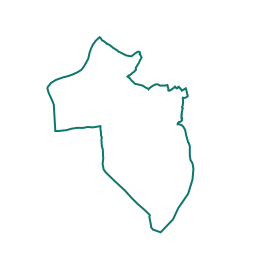 Ogbomosho South, Oyo, Nigeria, rotated 35°
{"feature_id": "59680162B1338580155275", "entity_name": "Ogbomosho South", "entity_type": "district", "adm_level": 2, "iso_a3": "NGA", "parent_name": "Nigeria", "parent_adm1": "Oyo", "projection": "equal_earth", "projection_center": [4.225, 8.102], "detail": "fine", "context": "isolated", "style": "outline", "palette": "teal", "viewbox_px": 256, "rotation_deg": 35, "n_neighbors": 0, "source": "geoboundaries", "source_scale": "gbopen_adm2", "svg_char_len": 4599}
<svg xmlns="http://www.w3.org/2000/svg" viewBox="0 0 256 256"><g transform="rotate(35 128 128)"><path d="M39.2,141.7L42.8,144.7L50.3,149.1L53.8,151.4L70.2,172.2L72.0,171.0L78.8,165.1L82.3,160.8L86.4,156.9L90.9,153.9L94.5,150.2L98.8,147.7L104.3,142.3L104.9,143.0L105.4,143.8L106.3,144.9L107.3,146.0L107.8,146.5L108.0,146.6L108.2,146.9L108.6,147.5L109.3,148.4L110.0,149.4L110.6,149.9L110.9,150.0L111.2,150.2L111.8,150.6L112.2,151.3L112.4,151.8L112.6,152.3L113.3,153.3L113.9,154.1L114.6,154.8L115.1,155.6L115.7,156.2L116.3,157.0L117.1,158.1L117.6,158.4L118.2,158.9L118.3,158.9L118.6,159.1L119.1,159.5L119.7,160.1L120.4,161.0L121.6,162.5L122.8,164.2L123.5,165.2L125.0,166.8L127.8,172.0L131.9,176.0L135.6,177.2L147.3,179.1L160.9,180.9L165.8,182.0L170.4,183.1L178.9,184.6L189.3,185.7L195.8,186.8L196.5,188.6L199.0,191.0L201.8,193.7L204.0,196.1L206.7,196.9L214.6,194.7L217.3,177.0L215.1,164.6L215.0,147.4L210.4,133.2L205.0,123.9L201.2,120.0L197.6,118.4L194.7,115.4L191.4,110.8L189.4,107.8L187.4,106.2L186.4,105.4L185.4,105.3L184.3,104.2L182.7,103.0L182.1,102.5L181.9,102.2L181.2,101.7L179.7,100.5L178.1,98.9L176.5,97.3L174.7,96.2L172.5,95.2L170.5,94.9L168.3,95.5L166.9,95.9L166.5,96.4L166.2,96.0L166.1,95.2L166.3,93.9L167.1,93.2L167.5,92.6L167.5,92.1L167.7,91.6L167.8,91.3L167.8,90.9L167.7,90.6L167.5,90.4L167.4,90.3L167.3,90.1L167.2,90.0L167.0,89.9L166.7,89.8L166.5,89.7L166.4,89.6L166.2,89.4L166.3,89.2L166.5,88.8L166.2,88.6L165.6,88.4L165.4,88.2L165.2,88.1L165.0,87.7L164.9,87.4L164.9,87.1L164.8,86.8L164.6,86.5L164.5,86.3L164.4,86.2L164.3,86.3L164.1,86.3L164.0,86.1L163.9,85.9L163.8,85.7L163.6,85.3L163.5,85.1L163.4,84.7L163.1,84.3L163.0,84.2L162.9,84.1L162.8,83.8L162.7,83.5L162.7,83.2L162.5,82.7L162.3,82.3L162.1,82.1L162.0,81.9L161.9,81.7L161.7,81.5L161.6,80.4L160.4,80.0L160.1,79.3L160.0,78.2L159.2,77.0L159.2,76.8L159.0,76.5L158.9,76.3L158.9,76.0L158.8,75.8L158.7,75.7L158.4,75.5L158.2,75.3L158.1,75.1L157.9,74.9L157.8,74.6L157.6,74.3L157.5,74.0L157.4,73.8L157.1,73.6L156.0,72.5L155.6,71.7L157.2,70.8L157.7,70.3L158.2,69.1L158.7,67.7L158.0,66.9L156.4,65.7L154.8,64.1L152.5,62.4L152.3,63.0L151.6,64.5L151.3,65.1L151.1,65.7L150.8,66.5L150.5,66.4L150.1,66.2L149.8,66.1L149.3,65.9L148.9,65.9L148.5,65.8L148.0,65.6L147.5,65.4L147.2,65.4L146.8,65.5L146.5,65.4L146.3,65.3L146.0,65.1L145.8,65.5L145.8,65.8L145.8,66.0L145.7,66.6L145.4,66.6L145.4,66.8L145.3,67.0L145.2,67.0L145.2,67.5L144.7,67.5L144.0,67.5L143.3,67.4L142.7,67.2L142.6,67.7L142.6,68.2L142.4,69.1L142.2,69.7L141.6,71.3L141.3,72.4L141.0,72.9L140.5,73.6L140.3,73.9L140.0,74.0L139.6,74.1L139.4,74.1L139.3,73.9L139.2,73.6L138.8,73.0L138.5,72.7L138.2,72.4L137.7,71.9L137.1,71.6L136.5,71.1L135.9,70.3L135.6,70.2L135.3,70.6L134.8,71.2L134.0,71.9L133.2,72.5L132.2,73.2L131.6,73.7L131.4,73.9L130.4,74.6L129.9,74.9L128.9,75.0L128.4,75.0L128.2,75.0L127.6,75.1L127.0,75.4L126.5,75.8L126.1,76.1L125.8,76.4L125.2,77.1L124.7,77.9L124.2,79.1L123.7,80.1L123.6,80.4L123.4,81.2L123.3,81.4L122.9,82.3L122.7,83.4L122.6,84.5L122.2,84.3L121.2,84.4L120.6,84.5L119.7,84.7L118.8,84.8L118.4,84.8L117.2,84.8L116.5,84.8L115.8,84.9L114.9,85.2L114.3,85.3L113.5,85.7L112.7,86.0L111.7,86.4L110.7,86.8L110.2,86.9L109.5,87.4L108.9,87.7L108.5,87.8L107.6,87.7L106.6,87.5L105.8,87.3L104.6,87.2L103.7,87.1L102.3,86.7L101.5,86.4L100.4,86.0L100.1,86.0L99.5,86.3L98.5,86.3L98.1,86.2L98.4,84.7L99.1,83.8L99.5,82.5L99.8,81.6L99.9,80.7L100.3,79.7L100.6,78.8L100.8,78.1L100.9,77.3L100.9,76.5L101.1,75.6L100.8,75.4L100.6,75.2L100.0,74.6L99.8,73.8L99.8,72.1L99.6,70.6L99.6,68.5L99.1,66.4L98.7,62.4L96.3,61.1L95.9,60.9L95.7,60.8L95.3,60.9L95.0,60.7L94.9,60.5L94.9,60.4L94.8,60.1L94.8,59.6L94.6,59.4L94.4,59.3L93.8,59.1L93.4,59.1L93.1,59.3L92.6,59.6L92.4,59.9L92.0,60.4L91.4,62.0L90.8,63.4L90.6,64.3L90.2,65.7L89.8,67.0L89.4,67.6L88.6,67.8L87.3,68.6L86.3,68.8L85.5,69.4L85.0,69.6L84.2,69.7L83.2,69.8L81.6,70.1L80.7,70.1L80.0,70.3L78.9,70.4L77.4,70.7L75.8,70.9L75.1,70.8L74.9,70.7L74.2,70.6L73.8,70.6L73.4,70.6L73.0,70.7L72.4,70.8L71.9,70.9L71.4,70.8L71.0,70.8L70.3,70.8L70.0,70.9L69.6,70.8L68.8,70.8L68.2,70.7L67.4,70.7L66.9,70.6L65.8,70.6L65.0,70.6L64.4,70.7L64.1,70.8L63.6,70.8L63.1,70.8L62.7,71.0L62.3,71.0L62.1,71.2L61.8,71.0L61.4,70.9L61.0,71.0L60.6,70.9L60.1,70.8L59.5,70.8L58.9,70.8L58.4,70.8L57.8,70.8L57.4,70.8L57.1,71.0L56.7,71.0L56.2,71.0L55.5,70.7L54.9,70.4L54.3,70.2L53.2,69.9L52.7,69.9L51.6,74.6L51.4,76.2L51.6,77.5L51.4,79.4L52.2,84.3L53.5,88.8L54.5,91.1L55.7,94.0L56.3,99.4L56.6,102.5L56.5,105.3L56.5,106.9L54.9,110.8L52.5,115.0L49.9,118.9L47.6,121.7L45.8,123.7L41.4,129.9L39.0,135.4L39.0,137.5L38.7,140.1L39.2,141.7Z" fill="none" stroke="#0f766e" stroke-width="2"/></g></svg>